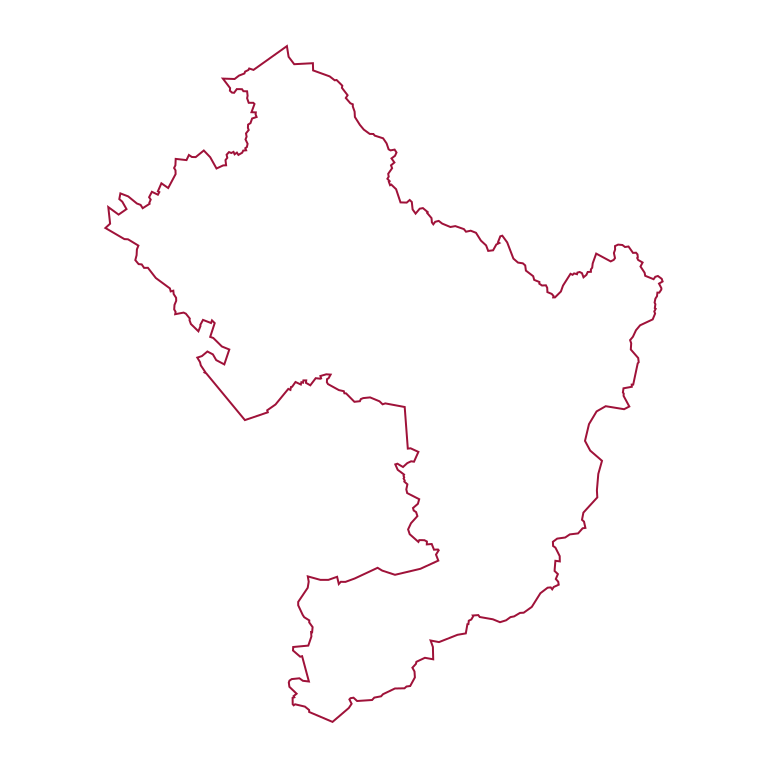 outline of Kinnegad Lea-5, Westmeath, Ireland
{"feature_id": "5873133B19400646094396", "entity_name": "Kinnegad Lea-5", "entity_type": "district", "adm_level": 2, "iso_a3": "IRL", "parent_name": "Ireland", "parent_adm1": "Westmeath", "projection": "orthographic", "projection_center": [-7.232, 53.592], "detail": "fine", "context": "isolated", "style": "outline", "palette": "rose", "viewbox_px": 768, "rotation_deg": 0, "n_neighbors": 0, "source": "geoboundaries", "source_scale": "gbopen_adm2", "svg_char_len": 6085}
<svg xmlns="http://www.w3.org/2000/svg" viewBox="0 0 768 768"><path d="M105.4,228.0L124.4,239.1L128.0,239.3L138.4,245.6L136.9,249.4L136.6,255.2L135.3,260.1L138.6,264.1L141.7,264.4L144.1,267.9L147.9,267.8L155.8,278.0L169.9,288.4L170.7,291.4L173.3,290.7L173.7,294.1L176.1,297.8L176.2,300.8L174.5,304.9L174.2,309.4L175.6,311.9L175.2,314.2L183.6,312.6L185.9,313.7L189.8,318.6L189.5,320.1L190.9,324.0L198.4,331.3L200.5,326.0L200.3,324.9L203.0,319.9L211.0,323.0L212.0,320.4L214.7,323.1L210.2,336.9L213.3,338.0L221.9,346.5L229.3,349.5L224.3,364.4L216.2,360.1L212.9,354.4L207.4,351.5L201.9,356.1L197.3,357.6L200.0,362.1L200.8,365.4L205.2,372.0L204.6,372.5L206.3,373.4L244.9,420.1L267.8,412.3L267.2,410.3L275.5,404.5L288.3,388.9L290.4,389.9L291.0,387.0L292.1,386.8L295.5,382.0L300.8,384.5L301.4,382.2L303.0,382.7L303.4,380.4L306.2,380.4L305.9,382.8L310.3,385.3L315.7,378.2L320.3,378.7L321.1,378.4L320.4,376.0L326.3,374.3L330.6,374.6L328.6,378.2L327.0,379.2L326.9,382.3L328.0,384.1L338.9,390.1L343.8,391.2L344.4,393.3L346.1,393.4L354.4,401.8L359.9,401.2L360.8,399.1L363.2,398.1L370.1,397.4L379.5,401.3L382.6,404.3L385.3,403.4L404.7,407.0L407.8,448.6L410.6,448.3L418.4,451.9L414.0,461.7L411.1,461.3L407.3,463.1L403.0,467.0L397.4,463.7L395.3,464.4L397.7,469.8L404.1,474.6L403.5,475.8L404.2,477.3L403.6,478.5L404.7,480.5L404.3,481.6L407.4,484.3L406.3,489.4L407.2,493.1L419.2,499.2L417.9,503.8L413.0,508.0L413.7,510.5L416.1,512.1L417.4,516.1L411.0,523.2L408.1,529.4L409.7,534.2L418.4,541.9L419.3,540.1L424.4,540.2L426.9,541.5L426.8,544.4L431.7,544.0L434.0,549.7L438.0,549.5L438.7,550.3L436.0,554.6L438.3,560.6L420.4,568.8L395.0,574.8L382.2,570.6L377.6,567.8L354.7,578.5L345.4,581.9L340.8,581.8L338.8,584.0L337.1,576.8L328.3,579.9L320.5,579.9L307.8,576.4L308.7,581.7L307.7,587.8L298.2,601.9L298.2,605.3L302.7,614.9L304.2,617.2L309.3,620.4L309.2,622.4L312.6,627.1L312.1,632.3L311.1,632.1L311.4,636.5L308.3,645.6L293.2,647.0L293.0,650.5L300.2,656.7L302.1,656.2L308.9,681.5L302.9,680.8L299.4,678.3L291.7,679.1L289.5,680.6L288.8,682.5L289.4,686.8L296.6,693.7L293.6,696.1L294.3,697.3L292.6,697.9L292.7,704.2L293.7,705.3L295.1,704.3L304.9,706.6L309.1,710.0L309.2,712.0L332.5,721.9L348.8,708.0L351.6,703.8L349.4,699.4L350.5,698.2L353.5,697.7L357.1,701.0L372.1,700.0L374.3,697.6L381.1,696.3L383.0,694.2L394.9,688.5L404.5,688.3L406.5,686.5L410.2,686.0L414.9,677.4L414.5,671.5L412.4,667.7L415.9,663.9L416.4,661.8L424.9,657.8L433.2,659.3L432.9,647.0L430.6,640.5L439.0,642.1L457.5,634.8L465.8,633.4L467.4,624.2L468.4,624.1L468.8,620.7L471.3,619.5L473.3,616.1L472.9,615.5L478.3,615.1L479.7,617.0L492.9,619.3L500.0,622.2L506.1,620.3L510.5,617.1L514.1,616.4L520.0,612.9L523.7,612.7L531.8,606.9L540.4,593.2L547.6,587.7L550.7,587.4L552.2,589.3L553.7,587.0L558.7,584.7L558.2,581.7L555.8,579.0L557.9,574.1L554.6,571.0L554.7,569.0L555.4,560.8L559.8,561.4L559.7,556.1L555.4,547.6L553.1,546.0L552.9,541.8L557.2,538.6L565.2,537.5L569.8,534.4L578.1,533.4L582.6,528.3L585.4,527.9L584.0,521.6L582.0,519.8L583.4,512.6L597.3,497.4L596.9,490.3L598.3,473.9L602.0,460.8L590.2,450.6L585.0,440.9L589.0,424.1L596.6,411.4L605.7,406.2L624.1,409.2L629.3,406.5L623.6,395.9L623.7,393.5L622.9,392.5L623.5,388.3L631.8,386.8L631.7,384.6L633.2,384.6L637.7,363.4L638.7,362.2L638.2,358.0L630.8,349.5L631.2,343.3L630.1,340.1L632.9,336.8L636.0,330.2L640.1,325.3L652.7,319.4L655.1,313.6L654.3,311.4L655.7,308.8L654.8,308.1L655.4,304.2L654.6,302.6L655.4,298.6L657.0,296.2L657.4,292.6L659.3,292.6L661.3,289.6L661.4,288.2L659.0,283.6L662.6,281.5L661.7,278.8L657.9,276.0L655.3,276.8L653.6,279.2L645.2,275.8L644.6,272.7L640.5,266.5L642.6,262.5L638.2,260.0L637.2,258.0L637.8,257.3L637.5,254.4L636.0,252.7L633.0,252.9L628.5,246.5L625.0,247.0L622.4,245.0L618.1,244.6L615.0,246.1L615.1,249.6L613.9,253.0L615.0,258.1L613.7,259.9L610.7,261.4L596.2,253.6L592.7,263.4L592.2,267.7L590.9,269.4L590.9,271.8L587.7,272.0L586.4,274.9L583.5,277.3L582.0,273.2L579.7,272.0L577.4,272.6L577.0,274.2L574.1,273.4L572.6,274.8L570.5,273.8L563.0,285.6L560.9,291.5L555.0,297.4L553.2,297.4L553.5,295.9L551.7,293.9L547.4,292.1L547.2,287.8L545.9,285.3L542.0,285.5L539.3,283.7L539.4,282.0L534.2,279.9L533.2,276.2L525.9,270.6L525.2,265.4L522.8,263.3L518.0,262.6L513.4,258.6L507.2,242.4L502.3,235.7L500.3,236.3L498.0,242.2L499.3,243.0L496.3,244.5L493.1,250.3L488.2,250.9L486.1,245.4L480.9,240.6L476.0,232.8L470.7,230.7L466.0,231.7L463.9,229.1L455.3,226.1L450.4,227.0L442.2,223.6L438.7,220.9L435.2,221.8L433.3,224.3L431.9,222.4L431.5,218.1L427.1,212.9L427.7,212.1L422.9,208.1L419.7,208.7L415.6,213.6L412.6,209.4L411.8,202.0L409.7,200.0L406.7,202.6L400.5,202.4L396.1,189.2L391.3,184.6L390.1,185.2L388.8,181.7L389.6,181.1L387.4,178.8L388.7,176.7L388.2,173.8L392.1,168.2L391.0,165.3L394.4,162.5L391.5,158.4L395.0,155.8L396.5,152.5L394.6,149.6L390.5,150.4L388.6,149.3L386.6,143.4L383.1,138.3L374.7,135.6L373.4,134.0L369.7,133.9L363.8,129.6L359.9,124.9L354.9,117.0L354.6,111.6L352.8,106.5L352.8,104.3L350.4,103.3L345.8,98.0L347.6,95.2L341.9,87.8L342.3,85.7L336.6,80.0L334.7,80.3L329.7,76.4L313.1,70.4L312.9,63.2L294.2,64.2L288.6,56.8L286.9,46.1L253.5,69.9L249.2,68.5L248.4,70.0L245.1,71.6L244.4,73.5L239.0,75.6L234.6,79.0L222.9,78.6L230.1,88.1L229.9,90.7L232.0,92.6L234.1,92.8L236.8,89.1L242.0,89.2L243.4,91.2L247.1,91.3L247.6,95.8L247.1,98.2L248.7,102.8L253.3,102.8L254.5,104.0L251.5,112.2L255.8,112.4L255.6,114.4L256.6,117.0L252.1,118.5L250.5,123.1L248.1,124.6L247.9,127.9L248.7,130.0L246.0,133.4L246.6,136.7L245.5,139.4L247.6,143.8L246.9,147.0L245.3,148.2L246.1,150.3L243.2,150.6L242.2,152.7L238.4,154.9L236.9,152.6L234.6,154.3L233.5,151.9L231.3,153.0L229.0,152.1L226.6,154.7L227.3,157.8L225.5,160.1L226.1,165.3L223.2,165.4L216.5,168.5L210.2,157.2L203.8,150.5L195.7,157.1L191.9,157.0L188.9,155.0L186.5,160.1L175.7,158.9L175.4,165.3L174.1,168.0L175.5,170.3L175.6,174.1L168.2,188.0L161.4,183.3L157.9,191.3L159.3,192.1L157.9,194.7L151.9,191.8L149.1,197.2L150.7,199.6L149.3,202.9L149.6,203.8L142.7,208.2L140.6,204.9L136.9,203.5L128.2,196.4L120.4,193.4L119.3,199.1L122.3,201.7L126.5,209.1L118.6,214.6L108.3,207.1L110.1,223.7L105.4,228.0Z" fill="none" stroke="#9f1239" stroke-width="2"/></svg>